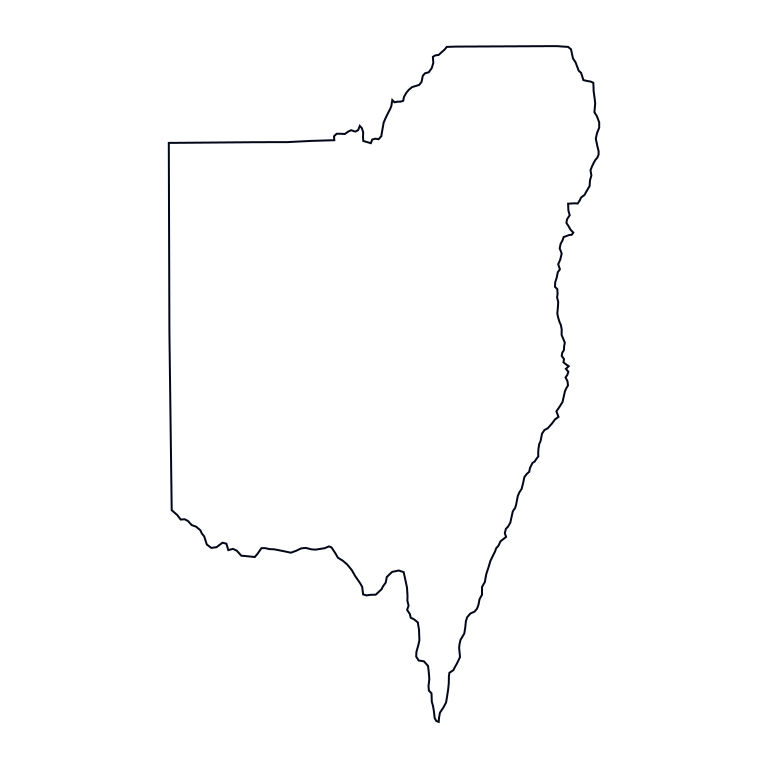 outline of Parecis, Rondônia, Brazil
{"feature_id": "56859067B9929029534731", "entity_name": "Parecis", "entity_type": "district", "adm_level": 2, "iso_a3": "BRA", "parent_name": "Brazil", "parent_adm1": "Rondônia", "projection": "equal_earth", "projection_center": [-61.327, -12.313], "detail": "fine", "context": "isolated", "style": "outline", "palette": "ink", "viewbox_px": 768, "rotation_deg": 0, "n_neighbors": 0, "source": "geoboundaries", "source_scale": "gbopen_adm2", "svg_char_len": 3776}
<svg xmlns="http://www.w3.org/2000/svg" viewBox="0 0 768 768"><path d="M557.0,46.1L456.4,46.6L446.8,46.9L444.5,49.7L441.6,52.2L438.7,54.9L435.3,55.4L432.9,56.8L433.3,63.0L431.7,68.2L428.7,72.3L425.0,73.3L422.8,75.8L421.6,81.8L419.2,84.9L412.1,87.1L408.7,89.9L406.2,93.0L404.0,96.9L403.2,100.8L400.4,101.7L397.5,101.7L394.5,102.3L392.3,100.1L391.3,106.2L390.1,109.1L387.4,114.3L385.8,117.7L383.7,122.4L382.3,130.2L381.3,136.2L378.6,139.2L375.3,138.7L372.3,139.5L370.8,143.2L367.5,142.2L363.3,141.0L363.0,137.0L363.2,132.4L361.9,128.2L359.8,125.9L358.1,130.2L355.2,131.6L351.1,130.2L348.0,131.7L344.8,134.0L339.6,133.7L336.6,133.8L334.0,136.3L334.3,140.2L311.4,140.9L305.5,141.2L287.6,142.1L254.8,142.2L182.6,142.8L168.8,142.9L169.1,238.5L169.4,331.4L171.7,510.2L177.3,515.1L180.6,519.5L184.8,519.3L188.0,521.0L191.7,525.1L196.0,526.6L200.4,530.3L201.9,533.6L204.2,536.4L206.8,544.5L211.3,547.9L216.5,547.2L222.5,542.7L226.4,543.7L228.3,550.1L233.0,548.9L236.7,550.6L241.3,555.7L244.8,556.0L254.8,557.0L257.5,553.8L259.4,551.1L261.5,548.1L265.1,548.1L269.4,549.1L274.1,549.3L284.3,551.3L290.9,552.7L296.1,550.8L301.1,548.4L305.6,547.9L311.8,549.4L315.9,549.6L324.6,548.2L329.0,546.4L331.5,547.4L335.5,553.5L337.9,557.7L342.9,560.8L347.3,564.6L351.8,570.1L355.2,576.1L360.1,583.2L362.2,586.9L363.1,594.4L366.5,595.4L370.7,594.8L375.7,594.7L381.6,589.2L383.0,586.3L385.7,582.6L386.8,577.0L392.1,571.9L398.8,570.5L403.7,572.2L407.0,587.6L407.5,595.9L407.4,601.0L408.6,605.6L407.1,609.9L409.9,614.1L410.7,617.7L414.0,619.3L417.8,622.4L419.0,629.7L419.2,635.0L419.4,640.4L418.3,645.3L416.4,651.9L416.2,656.6L418.7,660.5L423.9,661.3L428.0,665.9L428.6,670.5L429.0,674.8L429.3,679.2L428.5,686.2L428.9,690.6L431.5,693.3L431.8,701.8L432.9,705.5L433.8,710.6L434.7,718.2L436.4,721.1L438.7,721.9L439.1,717.2L440.0,712.6L443.4,707.5L446.1,702.4L447.2,695.7L448.2,689.1L448.8,683.0L448.9,676.3L449.4,672.8L453.4,670.1L455.0,666.9L457.0,663.4L460.0,657.1L459.7,653.5L459.1,647.8L459.5,644.3L460.5,639.9L464.3,633.5L465.3,627.2L465.9,621.1L467.2,617.2L470.4,613.5L474.6,611.6L477.0,608.7L478.5,604.7L479.5,599.3L482.0,594.7L482.0,587.0L484.9,581.9L485.4,578.8L486.3,574.0L488.7,566.7L490.3,561.2L493.5,554.5L495.0,551.6L496.2,548.2L498.4,545.8L500.5,541.3L506.1,536.9L504.8,533.2L505.9,528.8L508.0,526.7L510.3,522.7L512.8,511.4L515.2,507.8L516.2,504.3L517.8,496.0L519.5,492.1L521.6,489.0L523.0,483.6L524.4,477.0L526.9,473.8L529.2,471.8L530.0,467.9L532.5,462.9L534.7,461.5L536.3,459.0L538.3,456.4L538.2,453.0L538.5,448.5L539.2,444.1L540.6,441.0L542.0,433.7L544.5,430.0L547.7,428.3L552.0,423.5L555.0,419.4L558.5,416.9L556.4,411.3L558.8,407.9L562.5,402.1L564.0,395.5L565.0,391.1L566.4,388.1L568.0,385.4L567.5,381.3L565.5,377.4L567.2,375.2L568.4,371.8L565.9,368.9L568.7,366.2L566.5,364.7L563.5,362.4L564.0,359.1L561.7,355.9L562.3,352.6L563.9,350.2L564.1,346.6L564.8,342.6L561.6,334.9L561.7,329.2L560.8,324.8L559.6,322.3L558.2,317.7L557.3,313.6L558.0,306.0L558.2,301.8L557.1,297.4L557.6,293.7L557.3,289.1L555.0,286.9L555.2,282.3L556.7,277.7L557.8,272.2L559.9,269.3L558.2,264.2L560.2,259.7L561.7,253.6L559.7,248.3L560.6,243.9L562.5,240.4L563.7,237.0L566.3,236.1L569.2,235.0L571.7,234.8L573.3,232.6L570.7,229.9L568.3,225.8L566.4,222.9L567.0,219.4L569.7,215.2L568.4,210.5L568.1,203.7L574.6,203.3L577.7,203.5L579.8,200.3L581.1,197.5L584.5,194.9L586.9,190.6L589.6,186.1L590.0,180.3L591.4,175.4L590.5,170.2L592.2,166.0L593.7,162.9L595.3,160.0L597.3,157.7L598.6,154.6L598.6,151.1L597.5,146.8L595.8,138.7L597.0,133.1L599.2,127.7L599.2,122.4L596.9,116.2L594.4,112.2L595.2,103.5L594.8,99.8L594.2,95.2L593.6,90.8L593.5,86.4L593.3,82.8L590.8,81.6L587.2,81.0L583.4,80.1L581.1,72.9L578.7,70.7L575.5,62.2L573.0,58.5L571.0,49.3L568.1,46.9L560.4,46.4L557.0,46.1Z" fill="none" stroke="#020617" stroke-width="2"/></svg>